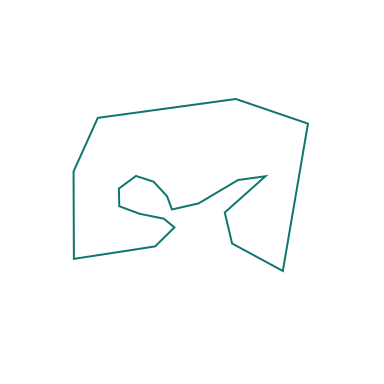 an SVG outline of Dagupan, rotated 215°
{"feature_id": "PHL-5541", "entity_name": "Dagupan", "entity_type": "Independent Component City", "adm_level": 1, "iso_a3": "PHL", "parent_name": "Philippines", "parent_adm1": "", "projection": "natural_earth1", "projection_center": [120.332, 16.046], "detail": "fine", "context": "isolated", "style": "outline", "palette": "teal", "viewbox_px": 384, "rotation_deg": 215, "n_neighbors": 0, "source": "natural_earth", "source_scale": "10m", "svg_char_len": 427}
<svg xmlns="http://www.w3.org/2000/svg" viewBox="0 0 384 384"><g transform="rotate(215 192 192)"><path d="M72.3,179.4L129.6,172.8L153.4,194.0L140.9,247.0L161.2,228.2L180.1,186.4L198.4,166.2L210.0,174.2L229.4,178.4L247.1,173.0L253.9,152.9L243.4,138.6L222.1,144.2L199.7,154.0L186.1,152.9L191.0,126.3L250.4,69.5L300.8,140.9L311.7,198.7L209.5,293.3L136.2,314.5L72.3,179.4Z" fill="none" stroke="#0f766e" stroke-width="2"/></g></svg>